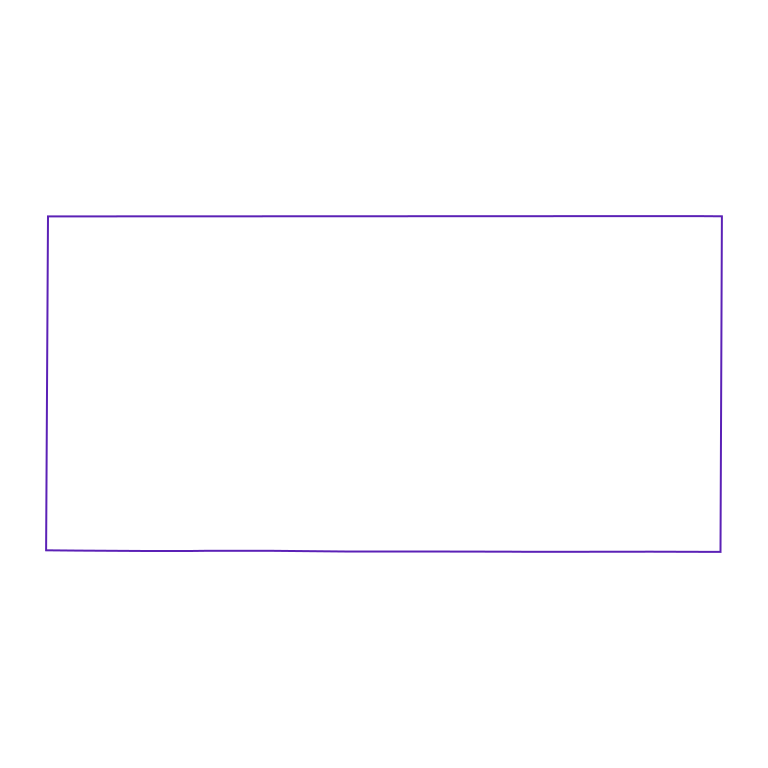 outline of McIntosh, North Dakota, United States of America
{"feature_id": "52423323B18464688172612", "entity_name": "McIntosh", "entity_type": "district", "adm_level": 2, "iso_a3": "USA", "parent_name": "United States of America", "parent_adm1": "North Dakota", "projection": "natural_earth1", "projection_center": [-99.421, 46.112], "detail": "fine", "context": "isolated", "style": "outline", "palette": "violet", "viewbox_px": 768, "rotation_deg": 0, "n_neighbors": 0, "source": "geoboundaries", "source_scale": "gbopen_adm2", "svg_char_len": 520}
<svg xmlns="http://www.w3.org/2000/svg" viewBox="0 0 768 768"><path d="M695.5,216.1L48.0,216.4L46.1,550.3L78.0,550.6L146.1,551.0L146.8,551.0L148.0,551.0L171.0,551.0L190.4,551.0L206.6,550.8L253.5,550.8L270.8,550.8L344.5,551.5L346.8,551.5L415.4,551.5L427.5,551.5L433.0,551.5L458.8,551.6L459.0,551.6L479.7,551.6L495.6,551.7L505.9,551.7L511.8,551.7L526.1,551.8L553.5,551.8L553.9,551.8L560.1,551.8L560.9,551.8L645.9,551.7L653.3,551.7L720.5,551.9L721.9,216.3L695.5,216.1Z" fill="none" stroke="#5b21b6" stroke-width="2"/></svg>